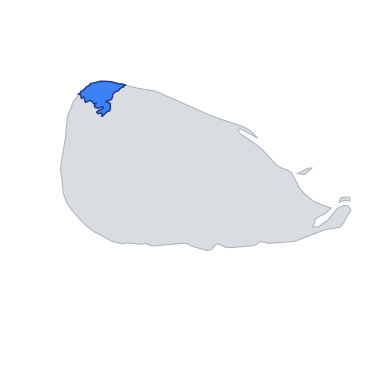 where Gālla sits in Sri Lanka, rotated 119°
{"feature_id": "LKA-2464", "entity_name": "Gālla", "entity_type": "District", "adm_level": 1, "iso_a3": "LKA", "parent_name": "Sri Lanka", "parent_adm1": "", "projection": "mercator", "projection_center": [80.274, 6.202], "detail": "fine", "context": "in_parent", "style": "filled", "palette": "blue", "viewbox_px": 384, "rotation_deg": 119, "n_neighbors": 0, "source": "natural_earth", "source_scale": "10m", "svg_char_len": 2602}
<svg xmlns="http://www.w3.org/2000/svg" viewBox="0 0 384 384"><g transform="rotate(119 192 192)"><path d="M130.7,44.3L137.9,44.7L145.7,44.5L151.2,45.6L160.5,57.4L185.8,78.6L199.7,100.1L200.9,104.8L202.8,108.9L206.1,110.0L208.9,111.9L222.7,132.6L224.3,136.7L224.1,141.2L224.9,144.6L228.5,146.3L233.0,147.1L235.9,150.2L239.7,166.8L239.7,171.9L240.7,174.2L258.1,199.9L259.1,203.0L258.9,205.3L259.4,207.4L262.8,211.9L268.0,224.1L270.7,226.9L273.9,237.6L274.1,258.1L272.9,267.1L269.7,278.2L265.8,289.0L261.7,296.8L256.0,303.4L236.5,317.5L230.9,320.3L205.5,329.1L186.8,337.4L169.5,339.7L152.3,335.1L139.2,324.1L132.6,308.1L128.0,291.3L121.4,272.6L116.3,214.9L113.8,198.8L109.9,178.2L110.3,169.3L113.1,160.7L113.1,179.5L115.6,181.8L117.5,179.4L119.3,160.0L120.7,151.8L127.6,130.3L127.7,126.5L126.6,118.5L126.6,114.4L136.9,99.4L139.6,90.6L141.0,81.6L140.4,71.9L138.5,62.4L146.9,65.4L151.4,68.7L156.1,71.0L159.9,69.8L164.4,69.8L161.2,64.6L151.5,59.8L135.5,56.8L130.5,53.0L128.5,49.7L129.5,45.9L130.7,44.3ZM122.5,102.8L124.7,108.6L118.5,104.6L114.4,101.4L112.9,98.7L121.4,101.7L122.5,102.8ZM129.7,58.3L125.0,59.1L121.2,54.0L120.3,51.9L121.3,50.4L122.3,49.6L123.6,49.8L125.3,54.6L129.7,58.3Z" fill="#d9dde1" stroke="#a8b0b8" stroke-width="1"/><path d="M161.2,338.6L160.7,338.5L160.3,338.3L160.1,338.0L159.7,337.6L159.1,337.5L158.8,337.6L158.5,337.8L158.2,338.0L157.8,338.0L157.7,337.9L157.1,337.1L156.9,337.0L156.8,336.9L156.3,336.7L153.0,335.6L151.7,335.3L150.8,335.1L149.1,333.8L148.7,333.6L148.0,333.3L147.4,333.8L146.0,332.7L139.9,326.1L139.4,325.7L139.1,325.5L139.0,325.1L139.1,324.5L138.9,324.2L138.6,323.8L137.9,322.9L134.4,315.5L134.3,314.8L134.3,314.2L134.3,313.6L134.2,313.2L133.6,311.9L132.9,308.3L131.5,305.8L130.7,302.2L131.2,302.3L131.6,302.9L132.0,303.3L132.5,303.0L133.3,302.7L133.8,303.2L134.2,303.9L137.0,305.2L138.4,305.4L139.9,306.1L141.1,307.2L142.4,308.0L145.6,308.6L147.7,307.5L150.0,307.3L152.3,309.0L153.4,310.1L154.6,311.1L154.7,309.5L154.2,307.9L154.2,306.3L155.6,305.6L158.2,304.0L160.9,303.4L161.8,304.3L162.9,305.2L164.2,305.7L165.3,305.8L167.6,306.9L168.9,306.9L169.5,307.8L167.9,308.3L166.9,309.3L167.8,310.7L169.0,311.9L168.5,314.0L166.2,313.5L164.7,312.1L163.2,310.9L161.9,310.5L160.7,310.9L161.4,312.3L162.9,313.2L164.5,315.5L165.1,317.7L163.8,319.3L161.1,318.9L161.9,319.8L162.3,321.0L161.7,322.6L161.0,324.1L161.5,325.6L162.7,326.7L164.0,327.6L165.2,328.7L164.2,329.9L163.0,331.1L162.0,331.6L161.5,332.3L161.7,333.1L162.3,333.4L163.7,333.9L163.2,334.9L161.8,335.4L161.0,336.9L161.0,337.7L161.1,338.5L161.2,338.6Z" fill="#3b82f6" stroke="#1e3a8a" stroke-width="1.5"/></g></svg>